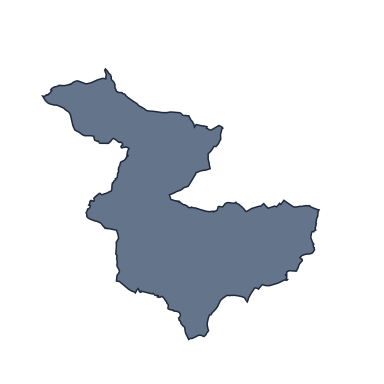 the district of Nocrich, Sibiu, Romania, rotated 344°
{"feature_id": "2599482B38030332657871", "entity_name": "Nocrich", "entity_type": "district", "adm_level": 2, "iso_a3": "ROU", "parent_name": "Romania", "parent_adm1": "Sibiu", "projection": "albers", "projection_center": [24.444, 45.866], "detail": "fine", "context": "isolated", "style": "filled", "palette": "slate", "viewbox_px": 384, "rotation_deg": 344, "n_neighbors": 0, "source": "geoboundaries", "source_scale": "gbopen_adm2", "svg_char_len": 6017}
<svg xmlns="http://www.w3.org/2000/svg" viewBox="0 0 384 384"><g transform="rotate(344 192 192)"><path d="M225.7,301.6L226.9,301.9L228.2,302.6L229.1,303.7L233.4,300.8L234.3,300.6L236.9,302.2L240.4,303.4L249.7,303.3L256.4,302.1L257.3,302.2L258.0,302.8L259.5,302.8L259.8,302.5L259.1,302.1L258.7,301.2L259.2,300.8L259.9,299.2L259.2,298.4L259.0,297.4L259.3,297.4L259.5,298.0L260.3,297.7L259.9,297.1L260.8,295.9L261.0,295.0L263.7,294.4L270.3,296.8L270.9,296.6L271.7,295.3L272.8,294.5L275.0,291.2L279.2,288.3L279.3,287.1L277.6,284.9L277.8,284.7L280.2,283.4L282.9,283.2L284.4,283.2L288.2,284.0L290.9,283.8L293.8,281.4L294.1,279.1L293.7,278.7L293.7,277.3L294.0,276.3L294.7,275.8L294.0,273.6L293.6,268.3L296.1,263.5L296.9,263.3L298.0,263.8L298.3,263.3L300.5,262.7L300.3,262.0L300.5,260.6L302.2,257.9L302.2,257.4L302.8,256.6L302.6,256.0L302.8,255.4L303.1,255.1L304.6,251.7L306.3,249.8L307.6,245.9L309.2,244.2L308.4,243.9L302.6,239.6L301.9,238.8L301.3,237.6L300.5,237.0L300.8,237.6L297.3,236.4L293.1,236.0L291.9,235.5L288.3,235.2L285.7,234.4L283.9,232.5L278.0,225.3L274.0,228.5L273.1,227.0L269.3,229.6L267.5,228.3L260.8,228.6L259.1,225.8L257.8,222.9L254.1,224.6L252.4,224.2L244.8,224.3L238.8,225.8L238.2,225.2L237.2,222.5L235.7,219.8L235.0,219.0L233.9,217.1L231.6,214.9L231.4,214.0L229.9,214.4L228.0,214.0L224.5,212.3L223.0,212.0L221.8,212.0L220.7,212.3L217.6,214.7L216.0,214.4L214.5,213.4L213.2,213.3L211.1,216.5L207.2,217.0L207.3,216.4L203.3,215.7L200.7,214.6L193.7,210.3L193.4,209.8L191.9,209.2L191.7,208.7L188.7,207.4L187.1,206.3L186.5,206.7L185.9,206.6L183.9,205.7L183.9,204.6L181.6,202.4L179.9,201.6L179.0,200.1L178.4,199.8L177.3,197.7L176.9,197.9L176.7,197.2L176.1,197.5L175.9,197.1L175.3,196.9L175.2,196.5L173.4,195.8L170.5,193.8L170.0,193.7L169.6,192.9L169.5,188.3L171.3,188.4L174.9,187.9L177.7,187.2L180.6,187.2L183.2,186.7L184.3,186.0L185.6,185.6L189.9,185.5L200.4,175.8L200.8,174.8L201.1,174.7L205.9,174.1L209.5,174.4L210.7,174.8L215.9,174.6L216.1,171.9L216.0,170.9L216.4,169.3L216.6,164.8L218.1,159.7L221.4,157.9L223.6,156.2L225.3,154.5L225.7,154.3L227.7,154.9L230.8,152.8L232.1,151.2L234.2,149.2L235.2,144.7L238.2,139.6L239.3,139.1L238.7,137.8L236.2,135.5L228.5,137.5L227.3,137.7L226.5,137.5L223.5,134.6L224.5,133.5L221.5,131.7L220.5,131.5L214.6,128.3L212.3,130.2L212.5,127.2L211.6,124.1L210.6,121.8L209.9,117.8L208.6,117.5L207.1,116.7L205.0,116.2L204.2,115.6L203.2,113.5L201.9,112.3L193.6,109.2L189.5,108.7L185.9,107.7L177.4,103.9L171.5,101.7L171.0,101.1L170.4,100.8L168.9,98.6L166.2,95.8L164.8,94.7L163.3,91.7L160.0,88.0L156.2,83.2L155.4,81.9L154.2,79.2L153.0,78.7L152.0,77.1L149.4,76.3L148.1,75.4L147.1,74.2L147.1,72.8L146.8,71.2L146.8,69.7L147.5,68.1L147.5,67.3L147.1,64.6L145.6,61.9L145.6,60.6L146.2,59.0L145.9,57.1L144.7,54.7L143.9,52.1L142.7,49.8L142.3,50.2L142.4,50.7L141.6,51.0L142.0,55.2L141.7,56.2L140.8,57.7L140.4,59.4L137.4,58.1L136.6,58.1L131.8,58.2L125.0,59.2L121.1,59.0L119.8,58.7L118.0,57.5L112.9,53.7L110.6,53.4L108.0,53.8L105.0,55.1L104.8,54.7L102.1,54.9L98.3,54.5L93.6,52.8L92.1,53.3L88.5,53.1L85.8,53.8L84.3,54.9L85.1,55.9L83.0,57.5L81.0,58.4L80.9,58.7L80.1,58.9L79.2,58.5L79.0,58.9L78.3,58.6L76.7,59.5L74.8,58.6L76.2,63.4L77.5,66.0L79.1,67.8L83.4,70.4L86.3,71.4L92.0,76.2L93.1,78.3L95.7,81.3L96.4,84.3L95.8,95.6L96.5,100.2L99.9,103.4L102.3,106.6L104.3,108.3L110.2,110.0L112.8,111.2L112.7,115.3L114.8,117.1L115.9,117.2L115.9,117.9L116.4,118.4L116.6,119.4L117.2,119.9L125.0,122.2L127.6,121.0L130.1,119.1L131.3,118.8L133.4,121.2L135.3,124.0L135.7,124.3L136.8,124.2L137.1,124.7L138.0,125.1L138.3,125.7L138.5,127.2L138.1,127.7L137.4,127.7L136.3,128.6L136.1,129.2L136.5,130.1L137.2,130.4L138.7,130.1L139.3,130.5L141.3,130.6L143.4,132.7L141.2,135.2L139.6,138.6L140.6,139.1L140.6,139.5L140.1,139.9L139.0,139.9L138.7,140.9L137.5,141.3L137.2,142.1L136.8,142.3L135.4,142.9L132.0,143.5L131.5,143.8L129.8,146.7L128.0,148.6L127.7,149.9L127.3,150.3L127.2,151.8L126.8,152.6L125.8,153.3L124.1,157.5L122.7,158.0L122.7,158.3L122.1,158.8L121.9,158.6L121.8,159.2L119.6,160.2L119.5,160.8L118.1,161.4L118.1,161.9L117.5,162.2L116.3,165.2L115.8,167.1L114.5,168.9L112.8,168.9L110.4,169.5L104.5,169.8L103.8,169.2L103.4,168.1L102.6,167.8L100.6,168.6L99.9,169.1L99.4,169.1L99.3,169.4L97.6,169.8L96.9,170.6L95.9,170.9L96.0,172.1L95.6,173.4L95.0,173.8L93.0,172.5L92.9,172.9L92.2,172.4L91.2,173.0L90.5,174.9L89.1,176.2L90.4,176.8L90.5,177.1L90.2,177.7L89.3,178.9L87.9,179.7L86.9,179.6L86.2,181.1L84.5,182.8L84.6,184.5L84.2,186.6L84.5,187.7L86.0,189.5L87.5,190.7L90.9,193.2L92.3,193.8L95.6,196.6L96.0,197.2L97.5,201.0L98.5,202.4L98.4,203.0L100.4,203.5L100.4,203.9L102.0,204.3L108.9,207.9L109.1,212.2L108.7,216.3L105.2,219.5L105.0,220.9L104.0,224.3L102.3,228.8L102.2,229.7L101.6,230.4L102.4,232.5L101.3,234.9L100.8,238.9L99.7,241.4L99.5,242.9L100.3,245.9L100.5,247.7L100.3,248.5L99.0,250.0L97.0,251.4L94.8,256.7L94.9,256.8L97.5,258.0L104.4,268.2L107.0,270.8L109.5,272.7L109.8,273.4L111.8,271.1L113.7,270.0L114.0,271.7L113.8,272.4L114.6,274.1L115.3,274.3L115.8,273.3L125.7,279.0L126.5,278.7L127.4,280.0L128.0,281.2L130.6,282.0L131.0,282.4L130.9,283.1L130.1,282.8L129.8,283.3L131.1,284.1L132.5,284.4L134.1,283.9L135.0,284.9L136.0,286.8L136.5,288.9L137.2,290.4L137.3,292.2L138.1,293.6L138.0,294.5L136.8,297.1L136.8,297.6L137.4,298.3L138.8,299.3L139.9,299.6L140.4,300.2L140.9,300.0L141.3,300.9L141.9,301.3L142.1,301.7L143.9,302.2L146.4,304.0L146.7,304.7L147.0,306.0L146.9,307.3L145.9,308.7L144.4,309.5L144.3,311.8L145.2,313.0L145.2,315.5L146.7,318.7L147.5,319.6L147.5,321.1L147.1,323.7L147.0,326.2L148.2,332.9L149.4,332.4L150.6,332.4L151.3,332.8L152.7,332.7L159.3,331.5L161.8,332.6L163.1,333.9L163.9,334.2L166.2,332.9L167.5,331.4L169.2,330.3L169.7,329.7L169.6,327.4L169.8,326.7L169.8,324.7L170.6,322.0L173.0,317.6L174.8,315.2L176.7,315.1L177.3,314.2L183.3,310.6L185.2,308.9L189.5,304.1L192.1,302.7L197.2,301.0L199.9,302.1L200.9,302.0L202.8,302.7L203.6,302.7L207.0,304.2L211.1,306.3L213.5,308.2L213.8,309.9L214.8,312.9L215.7,311.9L217.1,309.5L220.6,306.0L225.7,301.6Z" fill="#64748b" stroke="#1e293b" stroke-width="1.5"/></g></svg>